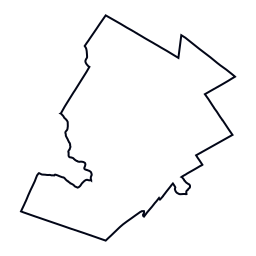 Mosteni, Teleorman, Romania (Natural Earth projection)
{"feature_id": "2599482B94185736439228", "entity_name": "Mosteni", "entity_type": "district", "adm_level": 2, "iso_a3": "ROU", "parent_name": "Romania", "parent_adm1": "Teleorman", "projection": "natural_earth1", "projection_center": [25.488, 44.193], "detail": "fine", "context": "isolated", "style": "outline", "palette": "ink", "viewbox_px": 256, "rotation_deg": 0, "n_neighbors": 0, "source": "geoboundaries", "source_scale": "gbopen_adm2", "svg_char_len": 5497}
<svg xmlns="http://www.w3.org/2000/svg" viewBox="0 0 256 256"><path d="M235.0,76.7L234.6,76.3L231.3,73.6L228.4,71.3L226.4,69.7L221.1,65.9L220.5,65.5L219.5,64.7L217.3,63.0L210.5,57.4L204.6,52.9L199.6,49.1L185.3,37.7L181.3,35.2L178.4,57.9L174.6,55.6L166.7,50.8L161.1,47.6L157.6,45.5L154.8,43.9L152.8,42.7L151.0,41.7L145.6,38.6L143.9,37.6L142.1,36.5L138.7,34.5L132.0,30.5L126.8,27.6L121.0,24.1L116.1,21.3L111.0,18.4L105.7,15.4L99.7,24.0L96.5,28.8L89.3,39.3L88.6,40.4L86.8,42.9L84.7,46.0L85.8,47.7L86.0,48.2L86.3,49.0L86.7,51.1L87.0,54.9L87.1,57.0L87.0,57.5L86.9,57.8L85.9,59.5L85.7,60.0L85.5,60.6L85.4,60.9L85.4,61.4L85.6,62.4L85.9,63.0L86.4,63.9L86.9,64.6L88.0,65.8L88.3,66.2L89.4,66.9L87.7,69.8L86.8,71.4L85.5,73.5L81.4,80.0L79.9,82.4L74.9,90.4L73.6,92.3L66.3,104.0L64.7,106.6L61.9,111.6L60.9,113.4L60.7,113.5L61.1,113.7L61.5,114.1L61.9,114.6L62.6,115.3L63.2,116.0L63.7,116.7L63.9,117.1L64.1,117.6L64.5,118.0L65.7,119.1L66.3,119.8L67.0,120.6L67.5,121.6L67.7,122.0L67.8,125.4L67.8,126.5L67.6,127.8L67.6,128.1L67.5,128.6L67.4,129.2L67.3,129.4L67.1,129.9L66.6,130.5L66.1,131.1L65.7,131.6L65.5,132.0L65.4,132.3L65.4,132.7L65.4,133.0L65.7,133.9L65.8,134.7L65.8,135.2L65.9,135.9L66.2,136.5L66.9,137.9L67.4,138.7L68.1,140.3L68.4,140.9L68.7,141.5L69.0,142.1L69.1,142.4L69.5,142.7L69.6,142.9L69.8,143.3L69.9,143.8L70.1,144.2L70.1,144.4L70.1,144.7L70.1,145.1L70.1,145.4L70.3,146.1L70.4,146.4L70.4,146.7L70.3,147.1L70.3,147.5L70.2,147.7L69.8,148.5L69.8,148.8L69.7,149.3L69.6,149.5L68.9,150.2L68.7,150.7L68.4,151.3L68.3,151.7L68.3,151.9L68.6,152.5L68.6,152.8L68.6,153.4L68.6,154.0L68.6,155.2L68.6,155.7L68.7,156.1L69.0,156.6L69.2,156.9L69.6,157.2L70.0,157.3L70.7,157.4L71.1,157.4L71.5,157.6L72.4,157.8L72.9,158.0L73.3,158.3L73.7,158.6L74.0,159.1L74.4,159.3L75.0,159.9L75.3,160.1L75.5,160.1L76.2,160.7L76.5,160.9L76.7,161.0L77.2,161.0L77.4,161.1L78.0,161.6L78.4,161.7L79.0,161.7L79.4,161.8L79.7,161.8L80.2,161.7L81.7,161.7L82.4,161.8L83.3,162.0L83.8,162.2L84.4,162.6L84.8,162.8L85.1,163.2L85.2,163.5L85.3,163.9L85.4,164.4L85.3,164.9L85.0,166.1L84.6,167.1L84.3,167.8L84.3,168.1L84.3,168.4L84.4,168.7L84.6,169.0L84.8,169.2L85.5,169.6L86.1,169.7L86.6,170.0L87.4,170.1L88.3,170.6L88.7,170.6L89.1,170.8L89.4,171.0L90.0,171.3L90.8,172.0L91.1,172.4L91.2,172.7L91.3,173.1L91.5,173.7L91.6,174.0L91.7,174.9L91.7,175.0L91.4,175.4L91.4,175.6L91.2,176.2L90.9,176.9L90.8,177.5L90.8,178.1L90.8,178.8L91.0,179.6L91.2,180.2L91.2,180.5L90.7,180.1L89.7,180.3L89.2,180.3L88.5,180.2L87.8,180.0L87.5,179.9L87.2,179.8L86.8,179.8L85.7,180.1L84.9,180.6L84.1,181.2L83.1,182.2L81.9,183.4L81.1,184.6L80.5,185.5L79.9,186.2L79.2,186.8L78.8,187.1L78.4,187.3L78.0,187.5L77.5,187.6L77.2,187.4L75.3,186.6L74.9,186.4L74.1,185.6L73.6,185.0L73.1,184.7L72.1,184.1L71.2,183.6L70.7,183.5L70.4,183.4L70.3,183.2L70.0,182.9L69.7,182.6L69.2,182.3L68.9,182.1L68.6,181.9L68.4,181.7L68.3,181.4L68.2,181.3L67.9,181.3L67.6,181.2L66.7,180.4L66.1,179.9L65.5,179.3L65.0,178.6L64.8,178.4L64.6,178.3L64.4,178.0L64.1,177.8L63.7,177.5L63.4,177.4L62.5,177.3L61.1,176.8L59.5,176.2L58.1,175.6L57.4,175.3L56.2,174.9L55.9,174.8L55.6,174.7L55.3,174.7L54.9,174.7L54.7,174.8L54.5,175.2L54.4,175.4L54.0,175.4L52.4,175.3L51.5,175.3L51.2,175.3L50.7,175.1L50.2,175.0L49.7,174.9L48.3,175.0L47.7,175.0L46.5,174.9L45.1,174.7L43.1,174.6L41.9,174.5L41.6,174.4L40.4,173.8L39.4,173.3L39.0,173.2L38.8,173.2L38.7,173.3L37.9,174.3L37.7,174.5L37.0,175.5L36.7,176.3L36.2,177.5L34.8,181.2L32.4,186.3L30.6,190.0L28.1,195.6L27.3,197.6L26.0,200.7L24.9,203.0L24.3,204.4L22.2,208.8L21.0,211.4L23.3,212.3L35.3,216.5L38.0,217.4L46.7,220.4L56.1,223.6L63.7,226.2L70.0,228.4L83.8,233.0L94.8,236.8L100.5,238.8L105.7,240.6L108.4,238.0L110.8,235.8L119.0,227.9L120.3,226.7L123.1,224.3L127.0,221.4L131.4,218.3L135.7,215.2L137.7,213.8L139.8,212.3L140.5,211.8L141.2,211.6L141.9,211.1L142.1,211.1L142.5,211.2L143.9,211.1L144.0,211.4L144.1,212.7L144.0,213.0L143.7,213.6L143.5,213.9L143.4,214.1L143.4,214.3L143.1,214.6L143.0,215.0L143.2,215.8L143.4,216.0L143.5,216.3L143.8,216.5L144.0,216.6L147.2,212.3L152.0,206.7L154.8,203.1L156.4,201.3L157.9,199.4L159.0,198.0L159.9,199.6L160.0,199.6L163.1,196.1L163.1,195.9L164.9,193.6L166.4,191.6L170.3,186.7L171.5,185.1L172.9,183.5L173.8,184.8L174.5,185.9L175.3,187.3L175.3,187.5L175.1,188.2L174.9,188.7L174.9,188.9L174.9,189.3L175.0,189.7L175.6,191.2L175.7,191.4L176.0,191.8L176.4,192.3L176.8,192.7L177.2,193.0L179.1,194.0L179.4,194.1L179.7,194.1L180.4,194.2L182.1,194.1L183.0,194.0L183.4,194.0L183.7,194.0L185.2,194.0L185.9,194.2L186.5,194.1L186.5,193.9L186.3,192.8L186.3,192.3L186.3,191.8L186.4,191.3L186.6,190.9L186.9,190.5L187.4,190.2L187.7,189.9L188.0,189.7L188.3,189.0L188.6,188.6L189.1,188.3L189.3,188.2L189.7,187.7L189.9,187.3L190.0,186.8L190.0,186.4L190.0,186.0L189.9,185.5L189.7,185.1L189.5,184.8L189.4,184.6L189.2,184.4L188.3,184.0L187.2,183.2L186.8,183.0L186.4,182.7L185.9,182.2L185.5,181.8L185.2,181.3L185.1,181.1L184.7,180.9L184.2,180.4L184.1,179.9L184.0,179.6L183.9,179.5L183.7,179.3L183.4,178.9L182.6,178.0L182.4,177.6L182.3,177.4L181.9,177.2L181.5,177.0L182.6,176.2L183.1,176.0L184.0,175.4L184.6,175.1L185.7,174.5L187.2,173.5L188.6,172.7L194.8,169.2L196.5,168.2L197.2,167.8L200.2,166.0L201.9,165.2L202.4,164.8L199.5,160.4L197.8,158.0L196.1,155.3L232.5,134.9L228.7,129.4L222.6,120.2L222.4,120.2L221.5,118.7L220.5,117.4L219.0,115.1L216.9,111.8L215.8,110.3L214.1,108.0L214.1,107.8L212.8,105.9L208.2,98.8L206.9,97.0L204.9,94.2L209.4,91.6L213.6,89.2L220.0,85.6L222.1,84.4L228.1,80.9L231.8,78.6L235.0,76.7Z" fill="none" stroke="#020617" stroke-width="2"/></svg>